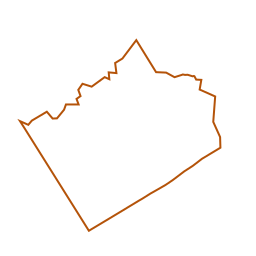 the district of Surry, North Carolina, United States of America, rotated 146°
{"feature_id": "52423323B17834677594816", "entity_name": "Surry", "entity_type": "district", "adm_level": 2, "iso_a3": "USA", "parent_name": "United States of America", "parent_adm1": "North Carolina", "projection": "mercator", "projection_center": [-80.75, 36.399], "detail": "fine", "context": "isolated", "style": "outline", "palette": "amber", "viewbox_px": 256, "rotation_deg": 146, "n_neighbors": 0, "source": "geoboundaries", "source_scale": "gbopen_adm2", "svg_char_len": 752}
<svg xmlns="http://www.w3.org/2000/svg" viewBox="0 0 256 256"><g transform="rotate(146 128 128)"><path d="M72.0,196.2L93.8,188.7L102.3,189.1L106.9,180.0L112.9,184.9L116.2,178.9L118.9,183.2L135.0,182.6L141.0,190.1L147.9,187.4L149.5,181.0L154.4,180.9L155.8,175.1L166.3,182.2L170.8,178.9L181.5,175.7L185.2,178.0L186.2,186.9L203.6,187.9L208.9,186.4L213.7,194.1L213.9,185.7L217.9,64.7L194.0,63.4L159.9,61.7L155.6,61.4L146.0,61.1L142.5,60.8L128.7,59.8L120.1,59.8L105.5,60.6L95.3,60.4L84.1,61.1L83.8,61.1L62.4,60.0L56.7,69.0L53.9,85.4L38.1,105.4L47.1,119.8L40.3,126.9L44.4,130.0L44.0,133.7L44.3,134.3L45.5,134.7L48.8,138.8L51.0,140.1L52.6,141.7L53.9,142.0L61.0,144.1L65.4,152.6L73.5,158.6L72.0,196.2Z" fill="none" stroke="#b45309" stroke-width="2"/></g></svg>